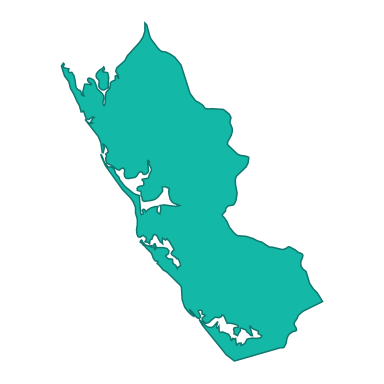 the Province of Ogooué-Maritime
{"feature_id": "GAB-2624", "entity_name": "Ogooué-Maritime", "entity_type": "Province", "adm_level": 1, "iso_a3": "GAB", "parent_name": "Gabon", "parent_adm1": "", "projection": "albers", "projection_center": [9.53, -1.509], "detail": "fine", "context": "isolated", "style": "filled", "palette": "teal", "viewbox_px": 384, "rotation_deg": 0, "n_neighbors": 0, "source": "natural_earth", "source_scale": "10m", "svg_char_len": 5978}
<svg xmlns="http://www.w3.org/2000/svg" viewBox="0 0 384 384"><path d="M234.4,361.0L226.3,354.8L202.2,324.9L199.2,319.6L201.7,321.5L205.6,325.7L208.5,327.2L211.7,327.5L213.5,326.4L217.9,321.5L216.5,326.4L216.9,328.1L218.2,327.5L218.9,326.3L219.2,331.3L220.4,332.7L222.5,331.9L228.5,334.3L230.5,337.4L231.0,340.3L231.9,340.3L232.7,338.4L234.7,339.3L234.9,338.6L235.6,338.4L236.1,343.4L236.6,345.0L238.6,343.3L241.2,343.1L240.8,345.1L241.3,345.5L244.0,344.0L245.1,342.9L246.9,339.3L248.9,338.6L251.9,338.2L256.2,338.4L259.8,338.0L261.0,337.4L261.8,335.7L258.2,333.7L258.4,331.2L252.5,328.6L250.6,326.3L249.7,326.3L252.5,335.7L250.6,335.4L248.9,333.3L247.2,332.2L245.6,329.7L240.8,328.1L240.3,328.5L240.4,330.9L238.6,333.2L237.5,335.7L233.9,333.7L234.4,332.3L233.6,329.5L233.9,328.1L235.1,327.5L238.1,327.4L238.5,326.3L236.9,324.9L233.4,323.8L229.6,323.1L227.2,323.4L224.0,316.0L222.6,315.0L221.9,315.0L221.6,316.4L218.9,317.8L215.4,317.1L212.1,319.5L209.0,322.5L205.8,323.4L203.3,321.4L202.4,319.8L202.0,318.2L205.2,315.6L204.1,314.7L202.0,314.0L202.0,310.9L201.2,310.3L200.0,310.1L198.5,310.7L198.3,311.6L200.0,314.9L200.5,316.9L199.2,318.6L197.0,317.7L191.3,310.9L189.0,309.3L194.5,316.8L191.4,314.8L187.8,311.3L184.7,307.2L182.2,299.8L181.4,287.4L180.4,285.4L166.9,272.1L163.2,270.0L159.1,265.1L157.1,263.5L158.0,261.6L155.1,260.8L153.4,258.4L151.5,253.2L145.8,247.6L144.9,246.2L143.0,244.8L141.6,242.9L140.2,242.2L140.5,240.9L141.5,240.0L142.1,240.6L143.1,243.1L145.6,245.0L148.7,246.0L151.5,245.7L150.5,246.7L152.3,247.4L153.2,246.7L154.3,243.8L155.1,243.8L156.1,246.7L154.7,247.4L154.4,248.0L154.3,248.9L154.7,249.8L156.4,248.1L156.1,247.6L163.2,247.6L167.0,248.5L168.9,250.8L168.5,253.6L165.5,256.0L168.0,258.6L172.5,259.3L173.0,263.5L175.8,265.4L177.3,268.8L178.1,267.0L180.5,265.9L180.1,263.4L179.2,260.7L178.0,258.8L176.8,258.8L175.3,257.1L171.9,254.8L171.2,253.2L172.8,250.8L174.1,249.9L173.8,249.0L169.4,241.4L166.9,238.8L165.5,240.1L162.7,238.2L162.2,240.8L162.7,243.8L160.1,241.7L156.7,235.4L154.3,234.4L153.3,235.3L151.9,239.2L150.6,239.6L149.9,240.7L149.6,243.8L147.6,242.2L144.9,241.9L146.5,239.2L146.1,237.6L143.0,235.3L140.0,237.3L138.0,236.6L136.9,233.9L136.5,229.8L137.3,224.7L137.3,219.1L135.5,213.0L135.5,207.4L133.2,201.7L130.1,197.4L122.5,189.6L105.4,165.6L101.5,156.9L100.8,154.0L102.7,157.7L104.1,161.8L105.7,164.1L108.4,167.1L110.5,166.9L112.6,167.8L114.3,169.4L115.7,173.7L118.9,177.1L119.7,179.7L124.9,186.4L134.1,193.8L139.3,195.6L140.6,212.6L141.4,214.7L143.0,214.0L143.4,212.6L142.2,210.7L142.6,209.7L143.8,209.2L144.8,209.7L145.8,212.0L147.9,209.7L151.1,207.8L154.7,206.7L158.0,206.4L157.2,208.6L157.1,210.9L157.8,212.8L159.9,214.0L160.8,209.4L160.8,207.1L159.9,205.5L164.1,204.9L175.5,206.4L179.6,205.5L173.9,203.3L171.8,201.7L170.1,199.0L168.9,193.9L168.7,190.9L169.3,188.6L165.5,186.8L163.1,186.8L162.2,187.1L162.7,190.0L162.5,191.4L158.0,197.1L154.9,199.4L151.2,200.5L144.1,201.4L143.0,200.8L142.3,199.8L142.1,197.6L141.1,195.6L141.1,191.9L140.6,191.2L137.3,190.5L137.1,188.3L138.2,186.9L140.2,186.1L142.6,185.8L143.7,185.0L143.9,183.2L143.4,181.2L142.1,180.1L142.1,179.3L147.7,178.3L148.8,176.9L149.4,174.3L151.5,170.4L151.1,168.0L148.6,163.3L149.5,161.8L148.9,161.2L147.7,160.5L147.6,163.2L148.6,170.3L148.2,171.8L147.2,173.1L145.9,174.1L144.4,174.5L143.2,174.1L142.0,172.2L141.1,171.7L138.9,172.5L136.4,176.4L135.0,177.4L128.5,178.6L126.2,178.3L124.7,176.5L124.2,173.6L124.8,169.8L123.1,167.9L120.3,169.2L119.5,170.1L117.7,169.8L110.9,165.1L107.2,163.4L106.0,161.1L105.7,158.3L106.6,155.8L105.6,154.0L108.2,152.1L107.6,148.9L105.2,145.7L102.7,143.7L104.4,147.8L103.2,152.7L102.3,152.6L100.8,142.8L98.5,136.8L85.0,119.4L88.5,122.7L90.5,123.7L92.5,123.0L90.6,122.2L92.5,118.8L94.3,117.5L92.7,116.8L88.7,119.5L86.3,118.9L83.5,111.0L82.2,111.9L81.1,111.9L79.3,105.4L77.2,101.9L73.6,93.7L70.6,88.7L68.8,81.6L64.6,76.1L61.4,66.1L63.3,63.2L64.3,64.2L63.1,66.8L64.6,68.0L69.0,68.9L68.2,70.9L69.0,72.5L71.9,72.4L74.0,75.8L75.1,80.4L75.8,86.1L76.5,88.1L77.9,89.7L79.8,90.4L80.8,91.3L81.8,95.2L84.0,95.9L82.8,93.6L82.9,91.3L84.7,84.2L86.6,84.1L91.4,84.7L91.4,83.8L88.6,82.1L87.7,80.6L87.7,79.0L88.7,78.1L90.1,78.2L93.4,79.8L94.7,81.7L95.7,84.1L97.2,88.8L102.1,93.4L103.7,95.9L103.8,98.6L102.8,103.4L103.7,105.4L104.6,105.4L105.2,102.8L105.6,94.5L106.3,92.0L109.6,88.4L110.3,86.1L110.2,83.0L112.0,81.4L115.0,80.1L115.3,78.7L115.2,76.1L116.8,75.4L118.7,79.0L118.4,75.8L115.7,71.4L116.8,67.8L124.9,60.6L127.4,55.7L139.6,42.3L143.0,37.0L144.9,31.3L144.9,23.0L146.8,24.9L149.8,36.3L151.0,39.0L158.1,48.4L160.1,50.4L161.9,51.5L165.8,52.0L170.4,54.2L174.7,57.2L181.0,64.9L190.0,93.4L195.6,100.9L198.4,102.2L202.0,104.6L203.5,106.0L204.2,107.5L205.4,108.5L208.0,109.0L211.7,108.7L222.9,109.4L224.6,110.3L229.3,114.2L231.0,117.6L229.8,122.3L232.2,128.3L232.4,131.2L231.2,135.4L227.6,142.1L227.5,144.6L237.1,153.8L238.4,154.6L240.2,155.3L246.6,156.3L248.8,157.4L248.1,162.9L246.2,166.8L236.6,176.0L235.3,179.1L235.5,184.4L237.1,193.3L236.1,200.0L234.9,202.8L233.8,204.6L232.5,205.2L228.6,205.8L227.3,206.7L225.9,208.3L225.5,211.1L222.3,214.6L222.5,215.8L224.4,217.8L227.1,221.8L229.5,227.4L234.1,233.0L236.6,235.1L237.8,235.7L246.3,236.4L253.2,238.6L257.5,240.9L261.8,242.1L269.3,247.1L272.0,247.1L281.7,249.4L283.1,249.5L285.9,248.5L288.4,246.8L289.7,246.9L295.4,250.0L298.2,252.4L301.0,253.3L302.4,254.3L302.9,255.6L302.6,257.0L300.9,261.5L300.7,262.9L301.1,266.4L303.1,269.2L306.1,271.6L309.7,283.6L313.4,289.0L317.1,292.7L322.6,301.5L303.1,311.2L298.4,315.2L297.0,318.6L294.4,322.4L294.1,323.9L294.4,325.2L296.3,328.3L296.5,330.3L295.6,330.9L292.4,331.9L290.0,333.5L288.6,334.9L287.1,337.8L286.0,343.6L284.1,347.2L282.8,347.8L280.1,347.8L234.4,361.0ZM102.7,71.7L107.6,72.7L108.7,77.4L108.2,83.2L108.4,87.5L104.0,90.0L102.1,89.9L100.0,88.4L98.8,86.6L99.1,81.0L98.5,79.8L96.6,77.8L96.1,76.3L96.4,73.8L98.0,71.7L99.5,70.2L102.5,68.4L103.7,66.9L104.4,68.3L104.5,69.4L103.9,70.2L102.7,70.6L102.7,71.7Z" fill="#14b8a6" stroke="#0f766e" stroke-width="1.5"/></svg>